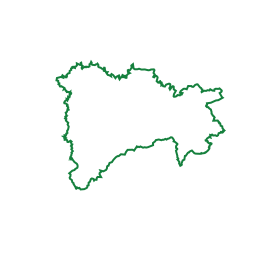 Dam Rong, Lâm Đồng, Vietnam (Albers equal-area conic projection), rotated 28°
{"feature_id": "81297802B48811804766969", "entity_name": "Dam Rong", "entity_type": "district", "adm_level": 2, "iso_a3": "VNM", "parent_name": "Vietnam", "parent_adm1": "Lâm Đồng", "projection": "albers", "projection_center": [108.207, 12.042], "detail": "fine", "context": "isolated", "style": "outline", "palette": "green", "viewbox_px": 256, "rotation_deg": 28, "n_neighbors": 0, "source": "geoboundaries", "source_scale": "gbopen_adm2", "svg_char_len": 5735}
<svg xmlns="http://www.w3.org/2000/svg" viewBox="0 0 256 256"><g transform="rotate(28 128 128)"><path d="M97.4,195.6L99.1,196.0L99.8,197.6L99.8,199.2L100.5,200.0L102.8,200.3L104.3,202.0L105.9,202.3L106.2,203.0L109.3,204.8L110.5,205.9L110.9,205.8L110.9,204.4L112.4,204.5L113.2,203.7L115.0,204.5L118.1,202.5L119.7,200.3L119.8,199.3L119.2,198.0L120.1,197.1L118.9,194.7L119.6,193.3L119.2,190.6L119.8,189.5L121.4,189.2L122.7,190.3L123.0,189.2L124.5,188.5L123.9,186.6L124.1,185.5L127.3,184.0L124.5,182.1L124.1,181.1L124.8,179.4L123.6,178.5L126.6,177.8L128.3,175.3L128.4,173.7L127.7,172.0L127.7,171.1L128.5,170.5L128.1,167.5L129.8,165.7L130.1,162.8L131.0,159.5L132.0,157.7L133.0,157.2L134.1,154.5L137.7,153.0L137.5,150.1L137.9,147.5L142.3,145.0L144.0,145.1L144.5,140.1L145.6,140.3L146.0,139.7L147.2,139.4L147.6,138.5L150.5,138.3L151.7,137.2L153.3,136.7L154.6,135.6L158.2,131.4L157.1,129.5L158.2,127.1L158.3,125.6L160.6,123.7L163.2,123.1L164.2,122.0L165.0,121.7L166.1,120.1L167.5,120.1L167.9,119.0L168.9,118.3L170.3,116.0L171.6,115.7L173.8,116.8L174.6,117.6L174.6,118.4L175.9,118.2L179.0,118.8L179.3,119.4L178.9,120.8L179.2,122.1L179.9,123.1L181.1,123.1L181.4,123.5L181.0,125.5L184.7,129.5L185.3,130.7L186.8,131.4L187.1,132.4L186.7,132.7L189.4,133.9L189.6,135.1L191.9,136.8L192.7,135.6L192.7,135.1L192.0,134.7L191.5,130.9L192.6,129.5L191.4,126.0L192.1,125.4L192.5,121.8L193.4,120.8L193.3,120.2L194.0,119.1L195.0,117.9L198.4,119.1L199.7,118.9L203.9,116.9L204.2,116.3L204.7,116.2L204.7,115.7L205.3,115.7L207.6,114.0L207.7,113.1L208.2,112.9L209.2,110.2L209.5,108.3L209.4,107.7L208.5,107.1L208.8,106.3L208.3,106.0L208.5,104.2L209.2,103.3L209.0,102.5L208.0,102.5L206.5,103.5L204.9,103.1L204.8,102.4L204.2,102.1L202.6,102.7L202.3,102.4L202.7,101.9L202.7,100.3L203.9,97.9L205.2,97.7L204.2,96.8L204.6,96.1L204.0,95.5L205.1,95.2L205.0,94.7L205.4,94.3L206.8,94.6L208.8,93.3L209.7,93.5L210.4,93.2L210.9,92.1L210.5,90.0L211.7,89.0L211.8,87.9L212.6,87.7L213.2,88.0L213.7,87.5L214.2,85.3L213.3,85.6L213.5,84.7L211.6,83.9L210.4,82.3L208.7,82.5L207.3,80.7L206.8,80.6L206.3,81.0L205.4,80.4L205.7,80.1L203.7,79.3L199.9,81.5L199.8,81.1L200.2,80.4L199.4,79.1L199.6,78.1L198.6,77.5L196.8,77.2L196.2,76.5L195.0,76.1L194.3,74.7L192.5,72.8L190.3,72.5L189.2,71.9L188.0,72.5L186.6,72.0L186.5,71.4L187.0,71.2L186.8,70.0L186.1,69.1L189.3,66.8L192.7,62.4L194.7,61.0L197.4,56.8L196.4,56.6L192.5,54.1L193.5,52.2L193.4,51.2L192.9,50.8L190.2,50.1L189.5,51.0L187.0,52.2L186.2,53.3L186.7,54.6L184.9,55.3L182.4,55.2L182.3,56.6L180.5,57.3L179.5,58.6L177.8,59.3L176.2,61.7L175.9,61.4L176.1,60.2L175.6,59.1L174.8,59.2L173.9,58.4L172.7,58.4L169.0,56.8L168.4,57.0L167.1,58.4L166.4,60.9L165.3,61.5L164.3,61.2L161.4,62.7L161.7,66.2L159.8,66.6L158.6,67.4L157.2,70.7L157.3,72.4L159.7,71.6L159.7,73.3L158.5,74.1L158.5,74.8L156.2,75.7L156.1,76.6L155.4,77.8L154.0,78.8L153.4,78.6L152.7,76.6L152.8,72.7L150.3,72.4L148.9,70.0L148.0,70.0L147.6,70.7L147.0,74.3L145.8,73.4L145.9,71.6L144.8,69.6L144.3,69.4L143.4,69.6L141.3,71.8L141.1,74.1L139.4,74.6L138.4,73.7L137.5,74.7L137.2,73.7L136.2,73.4L136.7,72.4L136.2,72.0L135.2,72.3L134.4,71.6L133.9,72.2L133.8,73.6L133.2,73.8L131.3,73.2L130.5,69.6L129.8,69.0L128.6,68.7L127.8,69.0L127.3,71.0L126.3,71.0L126.5,68.2L124.7,67.4L124.2,64.5L123.3,64.1L120.8,65.6L120.1,66.6L118.8,67.5L115.4,68.4L112.4,70.1L109.9,70.5L109.0,71.5L106.6,72.9L105.0,72.8L102.4,69.3L101.6,71.3L102.9,73.0L102.6,75.9L102.2,76.7L101.0,76.6L100.7,77.1L101.6,78.6L103.8,78.7L102.6,80.3L102.1,82.4L103.1,84.3L102.8,84.7L102.0,84.8L101.7,83.6L100.8,83.3L100.1,84.2L101.0,84.8L99.7,85.4L98.8,84.7L98.7,83.8L98.3,83.8L98.5,86.4L96.9,87.6L97.8,88.3L97.7,89.0L95.6,87.4L96.0,86.3L95.4,85.8L93.7,88.2L93.5,89.9L90.2,88.3L88.1,88.1L88.0,89.7L88.6,90.3L87.0,90.2L85.2,90.6L83.7,89.9L83.7,88.3L82.4,89.1L81.3,88.3L80.1,88.9L79.6,88.8L79.3,88.2L80.0,88.2L80.1,87.0L79.1,85.8L78.6,86.0L78.8,87.1L77.5,87.9L75.5,87.6L74.0,88.0L72.9,87.8L72.3,86.3L70.8,85.5L70.5,86.5L69.7,87.0L69.3,88.0L66.8,89.0L65.7,88.7L65.3,87.4L64.4,86.9L64.6,89.1L64.1,89.8L65.1,91.7L64.2,92.9L62.8,93.2L62.4,94.1L61.4,94.0L59.9,96.2L59.7,97.3L59.2,97.1L58.7,96.3L58.8,94.5L57.6,94.4L56.0,92.3L55.7,92.7L56.6,94.2L56.1,94.8L52.5,95.0L53.5,96.6L53.2,98.1L52.2,98.9L52.9,99.9L52.3,100.0L51.3,99.5L50.7,99.7L50.2,100.4L51.0,100.8L49.8,102.2L50.6,103.4L49.7,104.9L50.6,107.0L49.6,107.8L48.9,109.9L49.8,110.8L49.9,112.1L49.3,112.4L49.4,111.7L48.9,111.4L47.4,112.6L45.4,112.2L45.4,112.9L46.7,114.1L44.8,114.4L41.8,117.2L42.5,119.5L44.2,119.1L44.8,120.1L45.6,120.8L46.3,120.8L46.1,122.0L47.5,122.2L48.3,123.2L49.4,122.9L49.6,122.4L53.0,122.5L53.2,124.0L53.7,123.3L54.4,123.3L55.6,124.4L56.4,124.2L57.1,125.0L58.9,123.9L59.7,124.4L60.1,123.2L60.5,124.1L61.0,123.7L61.5,123.9L61.6,124.9L61.2,125.1L60.7,124.8L60.6,125.7L61.5,126.8L61.9,128.4L61.6,128.7L60.9,128.1L60.3,128.3L61.5,130.5L60.4,130.9L61.5,131.5L61.6,132.2L60.7,131.9L60.3,132.4L59.7,134.1L59.7,135.4L60.2,136.0L61.6,135.6L63.6,135.8L64.2,136.6L63.5,136.7L63.8,137.3L65.5,137.8L65.7,139.4L66.9,139.5L67.0,139.8L65.9,140.2L66.5,142.3L65.8,143.7L67.9,145.8L67.3,147.5L67.6,147.8L68.2,147.2L68.0,149.1L69.3,149.0L69.7,150.6L72.8,151.5L73.0,153.2L75.0,154.6L75.8,157.5L75.6,159.2L76.8,160.8L76.1,161.9L76.6,162.5L76.6,163.8L75.6,164.1L76.4,164.9L75.1,165.8L77.5,166.1L76.7,167.1L77.1,167.5L77.9,166.7L78.0,167.9L78.7,167.4L79.8,167.3L81.1,168.7L81.9,168.4L83.2,166.2L84.5,166.5L84.2,167.5L85.2,168.1L85.7,168.8L86.4,168.7L86.1,170.4L86.9,170.4L86.9,171.2L88.2,171.9L87.9,173.3L90.1,174.3L89.6,176.2L90.4,176.8L90.4,177.9L90.9,179.0L90.7,180.3L91.0,181.6L92.3,180.9L93.0,181.2L93.1,181.8L92.7,182.4L93.9,181.9L96.7,183.2L99.6,183.6L100.9,184.5L101.7,185.9L101.9,186.9L100.6,189.1L100.5,190.2L98.9,191.8L97.4,195.6Z" fill="none" stroke="#15803d" stroke-width="2"/></g></svg>